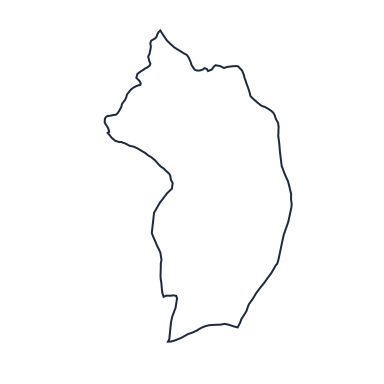 the district of Owan East, Edo, Nigeria, rotated 12°
{"feature_id": "59680162B90522809362613", "entity_name": "Owan East", "entity_type": "district", "adm_level": 2, "iso_a3": "NGA", "parent_name": "Nigeria", "parent_adm1": "Edo", "projection": "robinson", "projection_center": [6.02, 7.027], "detail": "fine", "context": "isolated", "style": "outline", "palette": "slate", "viewbox_px": 384, "rotation_deg": 12, "n_neighbors": 0, "source": "geoboundaries", "source_scale": "gbopen_adm2", "svg_char_len": 2833}
<svg xmlns="http://www.w3.org/2000/svg" viewBox="0 0 384 384"><g transform="rotate(12 192 192)"><path d="M271.7,140.3L269.6,134.2L268.6,130.9L267.1,125.9L265.7,122.0L264.7,119.2L264.2,115.9L263.7,113.6L263.2,110.3L261.8,106.4L258.8,103.1L256.9,99.7L255.5,98.1L255.0,97.5L252.1,95.9L249.2,94.8L245.8,93.7L241.9,93.2L236.6,90.5L231.8,87.7L229.3,86.1L227.4,82.2L225.5,78.9L223.5,75.7L223.0,75.0L221.8,72.9L221.1,71.7L219.6,69.4L218.7,67.2L215.8,62.8L213.3,61.1L210.9,59.5L209.5,59.5L205.1,60.7L200.3,62.4L197.4,64.1L193.6,63.0L188.7,63.1L187.3,64.8L185.9,68.1L182.5,70.4L182.0,69.8L181.0,68.7L178.6,68.2L177.2,69.9L174.3,71.6L171.4,72.2L169.0,71.7L165.1,67.8L163.2,64.5L160.7,61.1L158.3,58.9L155.6,58.2L148.6,55.7L144.3,54.1L139.5,51.3L136.1,49.1L133.2,46.4L130.3,43.6L127.5,40.6L126.2,42.4L125.3,44.8L124.9,48.0L124.0,49.4L122.5,50.8L120.6,52.5L120.3,55.3L121.5,58.2L121.7,60.3L121.7,61.3L121.7,65.9L121.0,68.7L123.1,73.0L124.6,75.1L124.6,75.6L124.3,77.2L122.8,79.0L122.1,79.7L120.3,81.1L119.1,82.5L116.6,84.9L115.0,86.7L114.1,87.7L113.8,91.9L117.4,94.2L119.2,96.2L119.2,98.0L117.0,99.0L115.5,100.0L113.0,102.1L111.2,104.2L110.2,106.0L109.0,108.4L108.1,110.2L108.0,112.7L107.4,115.8L105.5,119.7L105.2,121.1L105.2,123.2L104.5,125.7L103.9,127.8L102.6,130.9L101.4,132.3L99.9,132.7L98.3,133.4L96.2,134.4L94.0,135.1L92.8,135.8L91.9,137.2L91.6,138.6L92.1,142.1L93.6,143.9L94.8,144.9L96.4,146.7L97.6,148.5L98.5,150.3L97.2,151.7L98.7,152.8L102.1,155.6L106.0,157.8L110.3,158.3L112.7,157.7L114.2,158.2L115.6,158.2L117.7,158.7L118.0,158.7L121.4,159.8L125.8,159.8L130.1,160.8L134.9,162.5L138.3,163.6L141.2,165.2L144.6,166.3L149.0,168.5L151.9,170.7L155.7,173.4L159.6,175.0L163.0,177.2L165.9,178.9L166.6,179.7L167.3,180.5L168.8,184.4L171.2,187.2L171.3,188.3L171.7,192.8L167.9,198.4L162.6,209.6L159.2,220.3L159.3,221.1L161.2,240.4L163.6,244.2L166.1,247.6L169.5,252.5L171.4,254.8L173.8,258.1L174.8,260.9L176.3,264.8L176.3,268.1L177.2,272.6L178.7,280.9L179.7,284.3L180.4,285.9L180.7,286.5L182.0,290.9L183.1,294.3L184.1,297.1L186.0,300.4L188.4,298.7L191.8,298.1L195.7,296.9L198.1,296.9L199.5,299.1L200.0,309.2L199.6,310.8L199.1,314.8L198.6,318.1L198.6,324.3L200.4,340.7L199.6,343.4L202.6,342.6L205.9,340.9L211.7,337.0L217.5,331.9L221.3,329.6L225.2,326.8L227.6,324.5L229.5,322.8L232.9,320.5L236.3,318.8L242.1,317.1L247.4,315.9L251.2,314.2L255.6,314.2L259.9,314.7L264.8,315.0L266.2,310.1L266.7,306.2L268.6,301.2L270.0,297.2L270.5,292.8L271.0,290.0L273.9,283.2L275.8,277.6L278.6,271.5L281.5,265.9L283.1,262.2L283.9,260.2L284.0,260.1L286.3,255.2L287.8,250.7L289.2,246.2L290.2,244.5L290.6,240.6L290.6,215.5L292.4,201.0L292.4,195.4L292.4,192.2L292.4,185.9L291.9,182.6L290.4,178.7L290.3,178.1L289.5,173.7L286.1,166.4L283.6,161.4L280.7,157.6L278.6,154.6L278.3,154.2L275.9,150.3L274.4,148.1L271.7,140.3Z" fill="none" stroke="#1e293b" stroke-width="2"/></g></svg>